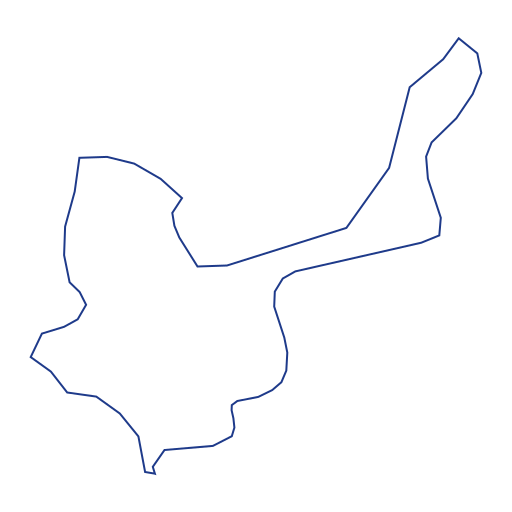 outline of Taraclia
{"feature_id": "MDA-1625", "entity_name": "Taraclia", "entity_type": "District", "adm_level": 1, "iso_a3": "MDA", "parent_name": "Moldova", "parent_adm1": "", "projection": "robinson", "projection_center": [28.676, 45.978], "detail": "fine", "context": "isolated", "style": "outline", "palette": "blue", "viewbox_px": 512, "rotation_deg": 0, "n_neighbors": 0, "source": "natural_earth", "source_scale": "10m", "svg_char_len": 862}
<svg xmlns="http://www.w3.org/2000/svg" viewBox="0 0 512 512"><path d="M458.7,38.3L477.3,53.4L481.3,72.9L472.7,94.1L456.4,118.2L431.6,142.4L426.1,156.6L427.9,178.6L440.8,217.8L439.3,235.4L421.3,242.7L295.3,271.4L282.8,278.5L274.8,291.6L274.2,306.6L284.3,337.6L287.3,352.6L286.3,370.6L281.4,382.2L272.2,390.1L258.3,396.9L237.3,401.0L231.8,405.1L231.6,410.2L233.4,418.3L234.4,427.6L231.8,436.2L212.9,445.9L164.5,450.0L152.8,466.8L154.9,473.7L154.6,473.6L145.1,472.0L138.4,436.4L119.8,413.5L96.3,396.6L67.2,392.5L50.9,371.6L30.7,357.1L41.9,333.6L64.1,326.8L77.7,319.3L86.1,304.8L79.7,292.1L69.6,282.3L64.1,255.2L65.1,226.6L74.7,191.6L79.4,157.8L107.1,156.9L134.2,163.6L160.7,178.9L182.0,198.1L172.3,212.9L174.4,225.8L179.3,237.5L197.5,266.5L227.0,265.5L346.4,227.9L389.1,167.9L409.7,87.2L443.2,59.2L458.7,38.3Z" fill="none" stroke="#1e3a8a" stroke-width="2"/></svg>